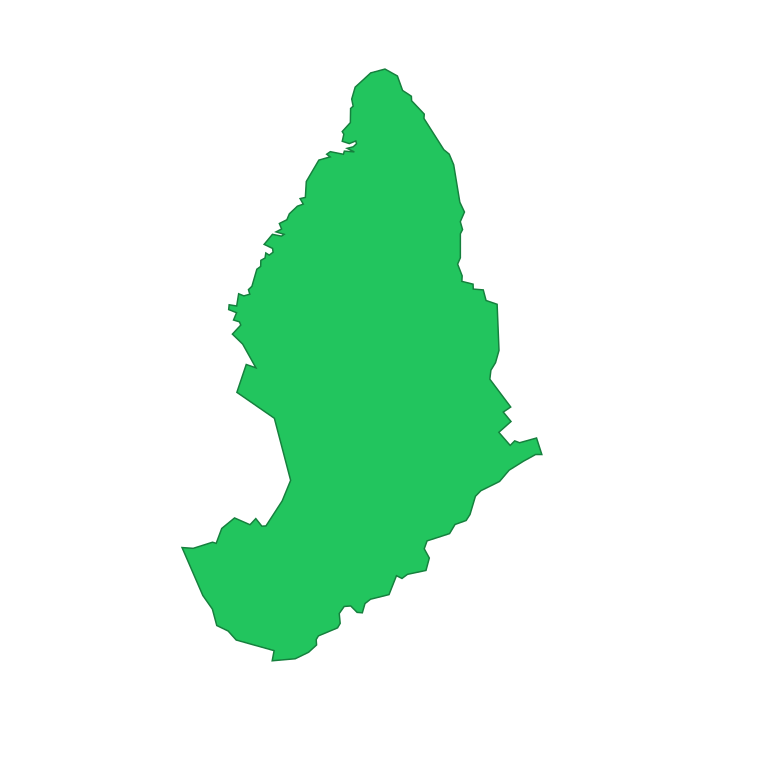 Turcinesti, Gorj, Romania (orthographic projection), rotated 19°
{"feature_id": "2599482B27563461081915", "entity_name": "Turcinesti", "entity_type": "district", "adm_level": 2, "iso_a3": "ROU", "parent_name": "Romania", "parent_adm1": "Gorj", "projection": "orthographic", "projection_center": [23.294, 45.122], "detail": "medium", "context": "isolated", "style": "filled", "palette": "green", "viewbox_px": 768, "rotation_deg": 19, "n_neighbors": 0, "source": "geoboundaries", "source_scale": "gbopen_adm2", "svg_char_len": 1967}
<svg xmlns="http://www.w3.org/2000/svg" viewBox="0 0 768 768"><g transform="rotate(19 384 384)"><path d="M484.4,546.6L483.5,533.8L475.7,526.7L475.8,518.3L494.7,504.1L496.9,493.7L506.1,486.3L507.8,479.4L507.0,460.4L510.3,453.4L525.0,438.5L530.4,424.7L540.9,411.7L550.3,401.3L556.2,399.3L545.8,385.4L531.3,395.4L526.1,395.2L523.3,401.0L508.3,392.3L516.3,378.1L505.9,371.7L511.3,364.5L482.5,345.0L480.6,336.2L482.5,327.5L481.8,314.8L465.0,271.8L453.3,271.8L447.2,262.7L437.5,265.2L435.7,260.6L424.2,261.6L422.7,256.3L414.6,246.7L415.1,239.8L407.3,217.1L408.0,212.4L403.3,205.7L404.1,195.2L396.5,187.4L378.5,154.0L370.8,145.4L364.3,143.0L335.3,119.9L334.2,115.7L317.9,107.2L316.2,103.0L306.0,100.4L296.4,88.4L282.4,85.9L270.2,94.1L260.1,112.7L260.7,125.1L264.4,131.4L262.7,134.3L267.1,147.8L262.3,158.9L264.7,160.9L265.5,168.1L272.9,168.0L278.2,163.4L279.8,165.8L277.6,169.8L272.4,173.2L280.4,174.2L270.7,176.7L270.8,180.0L257.6,181.8L255.0,185.4L259.1,186.8L249.5,193.5L244.6,217.8L248.9,233.2L244.3,236.0L249.1,240.2L244.2,244.1L239.1,253.9L238.7,260.3L232.8,266.3L236.7,270.8L232.4,275.3L240.8,275.0L238.9,277.6L229.8,278.8L225.2,291.0L234.5,292.1L236.2,295.5L233.5,299.5L229.6,298.6L230.5,303.6L227.3,307.2L229.1,313.0L226.4,316.9L227.3,334.6L225.1,338.9L227.9,342.8L222.8,346.3L217.2,346.0L219.3,358.2L211.8,359.5L212.9,364.2L221.4,364.6L220.9,372.5L227.1,372.3L229.4,374.9L224.4,386.2L237.4,392.3L257.6,410.4L247.4,410.4L247.6,439.8L291.5,452.1L327.1,505.5L325.8,527.7L318.6,556.6L314.8,558.2L306.6,553.0L303.1,560.7L286.3,559.3L277.6,573.4L277.2,589.3L273.4,589.4L257.1,601.5L246.3,604.4L281.6,643.0L295.0,652.7L304.5,666.8L317.0,668.3L327.6,674.2L366.9,671.9L368.4,682.1L389.5,672.7L400.1,662.1L405.2,652.7L403.1,647.7L404.0,643.5L419.5,629.7L420.5,624.6L416.4,615.6L418.8,607.3L424.8,604.7L432.9,608.7L438.0,607.4L437.5,597.8L441.3,591.9L457.3,581.5L458.2,561.2L464.3,562.0L468.2,556.3L484.4,546.6Z" fill="#22c55e" stroke="#15803d" stroke-width="1.5"/></g></svg>